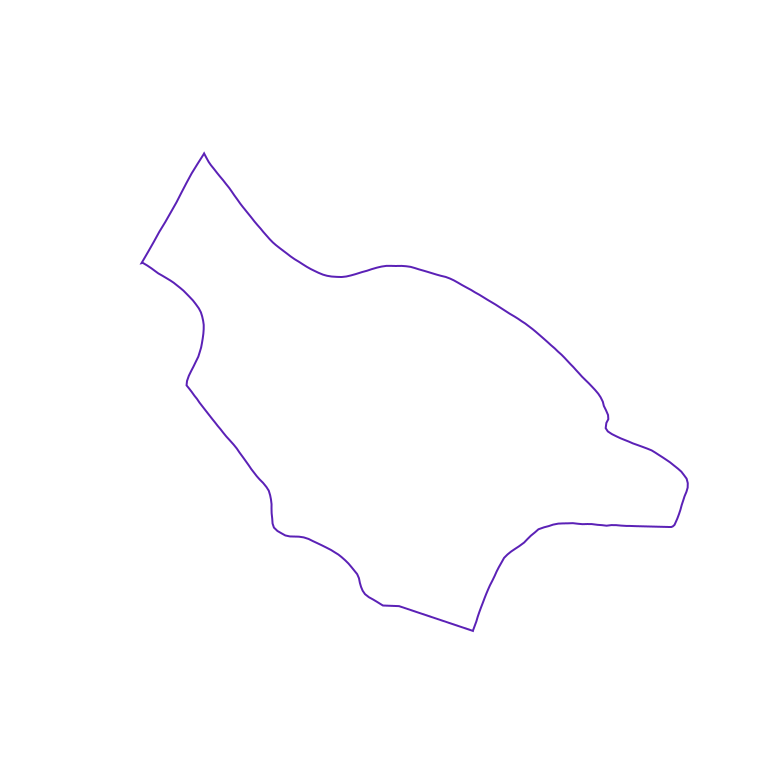 outline of Hatib, Shabwah, Yemen, rotated 231°
{"feature_id": "15242507B74993503022427", "entity_name": "Hatib", "entity_type": "district", "adm_level": 2, "iso_a3": "YEM", "parent_name": "Yemen", "parent_adm1": "Shabwah", "projection": "natural_earth1", "projection_center": [46.508, 14.178], "detail": "fine", "context": "isolated", "style": "outline", "palette": "violet", "viewbox_px": 768, "rotation_deg": 231, "n_neighbors": 0, "source": "geoboundaries", "source_scale": "gbopen_adm2", "svg_char_len": 3914}
<svg xmlns="http://www.w3.org/2000/svg" viewBox="0 0 768 768"><g transform="rotate(231 384 384)"><path d="M676.4,389.3L675.9,388.0L672.3,377.3L668.7,367.0L664.5,356.9L660.2,347.0L655.8,337.1L651.8,326.9L647.5,315.9L643.7,305.2L639.4,294.7L635.4,284.5L631.3,273.7L630.5,271.6L629.9,272.8L625.0,274.6L620.1,276.1L616.2,277.1L612.0,278.2L608.2,279.7L603.6,281.4L598.9,283.1L595.0,284.3L590.9,285.2L586.9,286.1L582.7,286.9L578.6,287.3L574.3,287.7L569.2,288.1L564.5,288.0L559.3,287.7L554.9,286.8L550.9,285.2L546.9,283.2L543.4,281.1L540.1,278.4L536.7,275.2L533.5,271.8L530.3,268.2L527.5,264.9L524.9,261.1L522.1,256.9L519.8,251.9L517.4,246.8L515.4,242.2L513.2,237.5L510.3,232.8L507.2,229.7L503.2,229.7L499.1,229.6L494.2,229.3L490.2,229.3L485.7,228.9L481.2,228.8L476.1,228.7L470.5,228.6L464.7,228.5L460.5,228.5L456.2,228.4L451.8,228.5L447.7,228.4L442.4,228.4L437.6,228.7L431.5,229.0L426.5,229.0L421.9,228.6L415.7,228.3L410.6,228.0L405.8,227.7L401.3,227.3L396.3,227.2L392.3,227.1L388.1,227.3L383.2,227.8L377.9,227.8L373.6,227.3L369.2,225.5L365.4,223.5L361.4,221.0L358.0,218.2L354.2,215.3L349.7,212.4L345.7,209.6L341.7,208.1L336.8,208.7L332.4,210.4L328.4,212.0L324.8,214.9L321.8,218.4L318.9,221.8L315.3,225.1L311.0,227.9L306.6,229.9L302.3,232.0L297.9,234.1L293.3,236.2L288.3,238.4L283.9,239.9L280.2,241.2L276.2,242.1L271.4,242.9L266.9,243.4L262.1,243.5L257.8,243.5L253.1,243.5L248.8,242.3L244.6,240.1L240.8,238.5L236.7,237.3L232.6,237.0L227.8,238.1L223.4,239.9L219.3,241.4L213.8,243.3L212.5,243.8L201.9,255.9L136.2,297.7L136.3,297.8L138.9,302.2L141.4,306.4L144.1,310.3L146.8,314.6L149.3,318.8L152.0,323.5L154.3,327.4L156.5,331.3L158.7,335.4L160.8,339.5L163.0,344.5L165.2,349.2L167.4,353.5L169.3,357.8L171.5,363.4L173.3,367.9L173.8,372.7L173.8,377.4L173.4,382.0L172.9,386.9L172.6,393.1L173.2,397.8L173.7,402.7L173.7,407.9L173.9,412.6L171.9,418.2L169.9,422.6L168.3,426.9L165.8,431.6L163.0,435.4L159.8,439.5L157.0,443.2L153.5,446.6L150.1,450.1L147.3,453.8L144.4,457.3L140.2,461.3L137.1,464.6L133.8,467.8L131.2,472.0L128.1,475.7L124.6,479.3L121.4,482.8L118.4,486.4L115.0,490.3L93.6,515.4L92.1,517.2L91.6,518.8L91.7,521.1L92.7,523.1L94.9,527.4L97.2,531.3L99.7,535.2L102.6,539.2L105.1,543.1L107.6,546.9L109.9,551.2L112.4,554.8L115.8,557.7L120.0,559.6L124.6,559.8L128.8,559.9L133.0,559.2L138.0,558.1L143.1,557.0L147.1,555.8L151.6,554.4L156.1,552.9L160.1,551.6L164.0,550.2L168.0,548.0L172.4,545.4L176.4,543.0L181.3,540.0L185.2,538.0L189.1,535.8L192.9,533.7L197.0,531.7L201.6,529.6L206.3,528.1L210.2,528.5L213.8,532.3L215.5,536.2L218.9,538.6L223.9,540.0L228.8,541.1L229.1,541.3L232.5,542.9L237.4,544.0L241.6,544.4L246.5,544.3L250.8,544.0L255.7,543.6L260.7,543.0L265.2,542.5L269.3,542.3L273.9,542.0L278.1,541.8L282.2,541.4L286.5,541.1L290.9,540.8L295.0,540.4L299.8,539.6L304.2,539.1L309.0,538.2L313.1,537.6L318.5,536.7L324.2,535.7L328.7,534.9L333.2,534.0L338.1,532.8L342.2,531.8L346.1,530.5L350.2,529.3L354.3,527.9L359.6,525.9L364.8,524.2L370.6,522.3L375.5,520.7L379.8,519.1L384.1,517.5L388.7,515.9L393.5,514.2L398.2,512.3L402.2,510.9L407.2,508.8L412.1,506.8L416.1,505.3L420.6,503.5L424.5,501.6L428.4,499.3L432.3,496.3L435.8,493.8L439.5,491.3L443.2,488.8L446.7,486.4L451.1,483.3L454.6,481.0L458.3,478.4L461.5,475.4L464.8,471.9L468.4,467.3L471.3,463.9L474.3,460.2L476.8,456.0L478.8,451.9L481.0,446.7L482.7,442.1L484.7,437.6L487.3,431.0L489.2,426.6L491.3,422.3L493.8,418.4L496.9,414.8L500.5,410.9L504.0,407.8L507.4,405.4L511.6,403.1L515.6,401.2L519.5,399.4L523.8,397.7L528.2,396.2L532.5,394.8L537.2,393.1L542.0,391.7L546.3,390.7L550.3,389.7L555.6,388.4L560.0,387.4L564.1,386.7L568.5,386.3L573.3,386.1L578.3,385.9L582.4,385.9L586.8,385.7L591.9,385.6L597.2,385.7L601.4,385.7L605.7,385.7L610.4,385.7L614.7,385.8L619.0,386.1L624.8,386.4L629.5,386.8L634.0,387.1L638.5,387.1L643.6,387.2L648.8,387.1L652.9,387.1L658.0,387.2L662.8,387.2L666.9,387.5L670.9,388.2L675.5,389.1L676.4,389.3Z" fill="none" stroke="#5b21b6" stroke-width="2"/></g></svg>